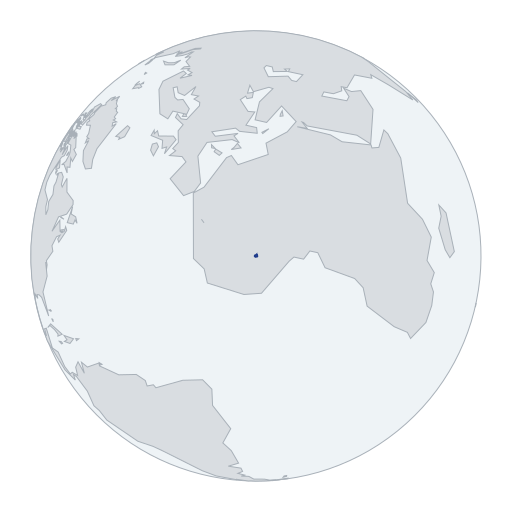 Nayala highlighted on a globe, orthographic projection, rotated 321°
{"feature_id": "BFA-2807", "entity_name": "Nayala", "entity_type": "Province", "adm_level": 1, "iso_a3": "BFA", "parent_name": "Burkina Faso", "parent_adm1": "", "projection": "orthographic", "projection_center": [-3.069, 12.674], "detail": "fine", "context": "on_globe", "style": "filled", "palette": "blue", "viewbox_px": 512, "rotation_deg": 321, "n_neighbors": 0, "source": "natural_earth", "source_scale": "10m", "svg_char_len": 9147}
<svg xmlns="http://www.w3.org/2000/svg" viewBox="0 0 512 512"><g transform="rotate(321 256 256)"><circle cx="256" cy="256" r="225" fill="#eef3f6" stroke="#a8b0b8"/><path d="M195.3,39.0L194.4,39.3L172.6,47.9L176.8,46.6L171.2,50.0L174.0,49.9L169.2,52.2L175.5,50.4L179.4,48.3L183.5,47.0L185.5,47.0L179.7,49.7L177.8,50.1L177.2,50.9L173.4,52.3L176.4,51.6L169.1,55.3L179.2,51.9L175.8,55.0L170.2,57.4L167.1,56.8L146.5,63.5L139.8,67.0L133.6,71.8L129.5,80.9L123.7,85.4L118.6,91.7L123.4,89.0L129.2,83.2L136.9,80.4L143.1,74.4L147.1,72.7L154.9,67.3L157.6,68.7L156.0,73.2L149.7,78.0L148.8,80.4L158.0,76.7L149.3,87.3L148.8,97.8L146.2,100.9L135.2,104.3L127.2,101.3L113.0,108.4L126.1,104.7L119.2,113.6L119.7,115.8L122.4,116.2L126.5,113.4L125.0,117.0L111.4,121.2L112.6,118.0L116.9,116.5L113.1,115.5L103.9,119.6L101.1,124.5L90.2,127.7L88.1,131.4L84.6,134.7L88.7,128.3L81.0,140.2L67.8,149.9L57.1,172.2L63.4,153.3L63.0,149.7L61.6,148.2L59.7,151.7L60.4,146.5L56.5,151.6L48.5,168.3L43.0,182.8L42.9,186.2L45.9,179.5L47.6,180.1L39.9,199.3L41.8,206.1L37.8,221.5L37.5,230.8L40.0,230.7L42.2,236.6L45.9,228.9L51.1,226.2L48.8,239.1L53.5,228.7L55.1,236.2L66.6,240.3L65.2,242.9L74.6,262.0L88.4,272.7L91.6,283.1L89.6,288.5L95.2,291.5L95.3,295.4L120.9,306.5L136.6,318.6L137.9,331.7L128.2,344.8L127.7,374.3L112.6,380.4L114.3,391.7L112.1,406.0L102.2,401.9L110.8,411.4L110.0,415.0L105.1,413.5L109.3,419.1L106.0,417.8L111.7,422.7L113.9,428.0L122.1,434.7L125.7,438.9L131.2,442.7L129.7,442.0L130.2,442.6L132.8,444.4L125.0,439.2L114.1,430.8L110.5,427.5L108.4,426.0L100.0,416.9L100.5,418.1L86.7,401.9L79.2,389.2L60.7,348.4L56.1,339.0L47.6,325.6L36.8,289.6L37.0,277.5L35.8,270.4L39.9,254.8L40.6,236.8L39.6,233.3L37.5,238.7L35.9,224.4L37.8,210.1L40.4,190.8L45.6,175.5L51.9,160.7L59.3,146.3L67.6,132.4L77.0,119.3L87.2,106.8L98.4,95.1L110.3,84.2L123.0,74.2L136.4,65.1L150.4,57.0L164.9,50.0L179.9,44.0L195.3,39.0ZM53.7,179.5L56.1,194.8L51.6,193.6L53.0,192.1L53.1,186.5L52.1,180.3L49.1,180.5L53.7,179.5ZM61.6,169.3L61.0,167.7L62.0,168.3L61.6,169.3ZM152.9,67.0L153.8,67.2L151.9,68.0L152.9,67.0ZM155.3,64.7L152.4,65.7L153.1,64.7L154.9,64.2L155.3,64.7ZM158.8,63.8L154.8,63.0L156.1,61.5L164.2,58.2L158.8,63.8ZM179.8,47.8L175.7,49.9L177.3,48.2L179.8,47.8ZM179.8,47.1L178.7,45.2L185.6,42.6L184.6,43.5L192.1,40.6L196.1,40.1L192.8,41.7L187.5,43.3L193.1,42.0L179.8,47.1ZM185.3,46.4L184.4,46.0L190.4,43.6L193.2,43.9L190.3,44.6L185.3,46.4ZM192.2,40.2L197.1,38.8L201.7,37.9L204.2,37.4L196.8,39.9L192.2,40.2ZM190.0,45.1L194.4,44.2L193.4,45.5L186.5,46.6L190.0,45.1ZM190.8,43.0L193.7,41.9L193.0,42.6L190.8,43.0ZM192.3,50.2L191.2,49.4L194.2,48.0L192.3,50.2ZM196.2,43.9L196.5,43.5L197.5,42.9L200.2,42.7L196.2,43.9ZM200.5,39.4L201.4,39.5L203.8,38.2L207.3,37.9L201.7,39.8L205.6,38.9L206.7,38.8L200.9,40.5L200.5,39.4ZM206.0,41.0L200.1,43.9L201.6,45.5L199.0,46.7L197.1,44.0L206.0,41.0ZM203.5,40.5L204.5,41.0L200.7,42.0L197.7,42.3L203.5,40.5ZM211.7,37.1L207.7,37.1L209.1,36.7L211.7,37.1ZM207.2,41.2L208.6,40.5L207.8,41.2L207.2,41.2ZM211.1,38.0L209.6,38.0L211.2,37.6L211.1,38.0ZM212.7,39.4L210.8,40.3L208.7,40.4L212.7,39.4ZM212.6,38.6L215.2,38.1L209.1,39.9L211.6,38.6L212.6,38.6ZM212.9,37.7L213.3,37.4L213.3,37.8L212.9,37.7ZM221.8,38.8L214.6,41.2L210.0,41.2L217.6,38.9L221.8,38.8ZM140.6,449.1L126.9,440.6L133.4,444.8L131.5,443.1L141.1,448.8L140.6,449.1ZM137.8,445.0L139.4,444.6L141.7,445.9L141.1,446.5L137.8,445.0ZM464.4,170.4L463.1,167.4L465.6,175.4L471.2,201.3L475.9,222.5L476.1,233.5L466.7,206.5L459.3,187.3L457.9,190.8L446.5,177.3L432.6,182.5L428.8,178.0L426.6,181.6L418.3,178.6L412.0,171.2L407.8,173.1L424.3,192.5L428.6,190.7L429.7,180.8L433.7,188.3L441.5,193.4L439.2,215.7L415.6,241.1L410.4,225.6L377.6,187.1L377.0,182.2L376.7,181.7L376.1,180.8L376.1,189.0L369.4,181.5L390.1,208.8L394.8,221.4L415.3,242.1L414.1,245.0L419.8,248.9L434.7,238.5L435.4,243.9L430.1,271.0L407.0,310.4L408.5,332.2L404.1,351.6L386.1,367.1L384.1,381.1L374.3,387.6L371.3,395.6L361.4,405.1L346.2,414.6L324.2,417.4L325.6,410.6L318.9,397.9L310.8,364.9L319.3,348.1L318.5,335.6L302.3,308.6L306.1,292.3L301.0,286.0L291.0,288.4L284.8,280.7L278.5,280.9L236.8,288.4L222.4,278.3L201.2,246.4L207.6,233.4L205.8,218.6L246.9,167.6L258.9,169.8L295.0,161.0L300.1,162.4L299.4,173.7L329.4,184.8L334.8,174.6L358.4,179.2L371.8,176.8L370.3,155.5L348.3,158.9L341.0,149.6L355.7,138.4L374.5,136.6L372.2,133.0L357.4,126.7L358.7,119.4L351.9,124.1L356.9,127.2L352.8,130.6L348.0,128.0L348.7,125.3L342.2,124.6L340.8,138.6L345.7,143.3L330.5,148.0L337.3,156.6L334.2,161.4L321.7,148.8L320.6,143.8L299.9,131.7L299.7,137.3L319.2,149.4L314.5,148.8L314.3,157.5L310.7,150.5L289.4,136.9L273.7,141.8L258.9,164.4L248.7,167.0L237.7,163.5L237.9,141.9L260.8,138.8L261.1,132.2L252.0,123.5L259.8,123.7L258.9,120.1L267.1,118.9L274.3,109.7L282.0,108.1L280.6,97.7L284.4,95.8L284.1,102.3L288.0,106.3L306.6,103.7L309.0,101.2L306.6,95.0L312.0,95.5L307.3,89.9L316.0,86.5L301.5,86.3L298.3,80.1L301.2,74.9L297.5,73.1L292.8,81.7L293.3,85.4L297.8,88.4L296.8,99.6L291.3,102.2L282.6,91.1L273.8,93.9L270.8,85.0L285.4,65.5L293.7,61.6L316.1,66.6L316.7,70.3L308.8,70.0L319.9,75.4L317.2,72.4L321.7,73.2L319.8,68.4L322.9,68.8L315.7,63.8L319.3,63.8L323.8,66.9L324.0,60.8L330.3,60.1L328.8,58.6L325.5,57.2L335.7,57.9L334.2,56.8L330.3,56.1L324.7,53.7L318.8,50.0L322.7,50.4L325.3,51.8L336.7,55.8L343.1,60.1L344.1,59.9L339.4,56.4L325.6,51.4L321.0,49.1L327.5,50.9L324.8,50.1L323.7,49.1L326.2,48.7L319.0,46.7L301.8,38.1L305.0,37.4L312.8,39.4L304.8,36.2L307.6,36.7L323.4,41.1L339.0,46.6L354.0,53.2L368.6,60.9L382.5,69.6L395.8,79.3L408.3,90.0L420.0,101.6L430.9,114.0L440.8,127.1L449.7,141.0L457.6,155.4L464.4,170.4ZM236.7,193.1L236.5,197.5L236.7,193.1ZM397.2,145.9L406.5,144.6L397.2,133.1L400.0,131.8L395.8,128.7L396.5,132.3L385.5,123.6L387.6,119.3L383.9,114.5L380.6,114.8L378.4,124.4L394.1,136.4L394.2,142.0L397.2,145.9ZM67.1,240.3L68.2,243.3L66.1,242.6L67.1,240.3ZM49.4,198.4L50.7,199.7L50.8,202.1L49.6,202.0L49.4,198.4ZM64.0,206.7L66.2,208.9L63.2,208.8L64.0,206.7ZM56.8,196.9L62.1,205.5L56.4,206.9L53.3,201.8L56.4,202.2L56.8,196.9ZM57.8,176.0L58.2,177.5L57.0,179.6L57.8,176.0ZM62.4,169.9L62.0,169.8L62.4,167.7L62.4,169.9ZM120.0,113.3L121.0,113.1L123.0,114.3L120.7,115.3L120.0,113.3ZM140.5,112.1L137.5,118.0L138.0,114.1L134.1,116.2L130.3,111.3L144.6,102.2L138.8,107.0L140.5,112.1ZM129.1,103.1L129.9,106.6L128.5,103.2L129.1,103.1ZM245.9,103.8L250.1,105.6L249.0,109.7L239.3,113.6L240.7,107.4L245.9,103.8ZM256.3,107.3L250.3,96.3L256.1,94.1L253.9,97.0L258.3,96.7L255.9,101.5L267.3,110.9L267.1,115.3L249.2,118.9L255.2,115.0L250.7,113.2L256.3,107.3ZM224.8,78.0L222.3,74.8L238.2,73.9L238.7,77.0L229.0,80.6L222.7,78.9L224.8,78.0ZM173.7,58.8L171.8,58.9L173.4,58.0L176.4,57.2L173.7,58.8ZM191.5,49.9L184.1,58.3L181.5,58.6L180.3,64.0L172.8,67.0L173.8,63.2L167.2,70.0L165.2,67.9L161.5,72.6L164.5,63.9L162.4,62.8L167.6,62.8L174.5,59.9L176.8,58.4L181.9,53.3L180.7,50.2L187.4,47.4L192.4,46.4L193.7,46.7L188.9,48.2L194.1,47.6L188.2,50.1L191.5,49.9ZM247.3,43.9L241.3,44.1L250.6,46.1L244.8,47.5L246.2,47.7L243.4,49.7L242.5,52.6L239.4,53.0L240.4,54.0L238.5,55.6L238.9,57.3L233.3,58.8L233.3,61.0L230.7,60.5L232.1,64.1L228.6,62.2L225.9,64.5L230.7,65.2L200.0,72.5L189.9,78.2L183.3,84.3L178.2,81.0L181.0,73.6L188.2,65.5L198.7,61.0L194.5,60.7L198.3,58.6L200.0,59.7L199.5,56.8L203.1,55.5L209.6,50.2L206.6,47.6L208.9,45.9L211.9,46.3L212.1,44.4L219.2,44.1L221.0,43.1L229.8,42.0L234.4,43.9L236.0,42.6L242.8,42.2L247.3,43.9ZM224.2,38.6L231.1,39.8L231.3,41.3L215.9,42.6L213.3,43.6L203.5,45.1L203.4,43.0L206.2,42.7L208.9,42.0L207.9,42.9L210.8,41.6L214.8,41.3L218.1,40.3L219.4,40.8L224.2,38.6ZM303.8,157.7L307.3,157.8L312.4,156.8L312.4,162.6L303.8,157.7ZM289.1,148.6L292.0,147.5L294.5,154.5L290.8,154.7L289.1,148.6ZM291.5,141.4L292.0,146.9L289.6,144.0L291.5,141.4ZM286.6,101.2L289.4,100.1L290.6,101.5L290.0,103.9L286.6,101.2ZM273.7,52.6L270.3,51.9L270.6,51.2L265.5,48.4L269.4,47.5L274.0,48.9L273.7,52.6ZM367.8,159.6L365.2,164.2L362.6,162.6L364.0,161.3L367.8,159.6ZM338.4,163.6L346.1,165.2L338.3,165.1L338.4,163.6ZM277.1,51.2L274.6,50.0L278.1,50.3L277.1,51.2ZM271.9,46.8L275.7,46.9L269.2,47.1L271.9,46.8ZM397.6,431.0L395.6,432.8L394.2,433.8L397.6,431.0ZM430.8,342.1L412.9,377.4L405.6,379.3L407.0,370.2L415.5,349.4L424.9,341.6L430.2,331.4L430.8,342.1ZM476.4,224.3L478.9,235.7L478.6,238.8L476.4,224.3ZM306.8,46.3L309.6,50.8L314.2,54.4L320.8,56.5L312.6,55.8L305.6,50.2L306.8,46.3ZM302.0,38.8L296.2,37.6L297.8,37.4L299.4,37.7L302.0,38.8ZM299.1,38.6L293.7,38.7L289.8,37.6L294.9,37.7L299.1,38.6ZM285.7,43.7L286.2,45.0L283.3,44.6L285.7,43.7ZM290.7,33.5L285.6,32.7L292.8,33.8L290.7,33.5Z" fill="#d9dde1" stroke="#a8b0b8" stroke-width="1"/><path d="M257.7,255.8L257.5,256.0L257.3,256.1L257.2,256.2L257.2,256.3L257.3,256.4L257.3,256.5L257.2,256.9L256.9,257.2L256.7,257.1L256.5,257.3L256.4,257.3L256.3,257.2L256.2,257.2L255.9,257.0L255.9,256.9L255.7,256.6L255.4,256.6L255.3,256.4L255.3,256.0L255.2,256.0L254.9,256.2L254.8,255.9L254.7,255.8L254.7,255.7L254.7,255.3L254.8,255.2L255.1,255.0L255.1,254.9L255.5,254.7L255.6,254.8L255.8,254.9L256.0,254.9L256.1,255.0L256.3,254.9L256.5,255.0L256.8,255.1L257.0,255.1L257.3,255.0L257.5,255.0L257.4,255.1L257.4,255.3L257.4,255.5L257.5,255.6L257.7,255.8Z" fill="#3b82f6" stroke="#1e3a8a" stroke-width="1.5"/></g></svg>